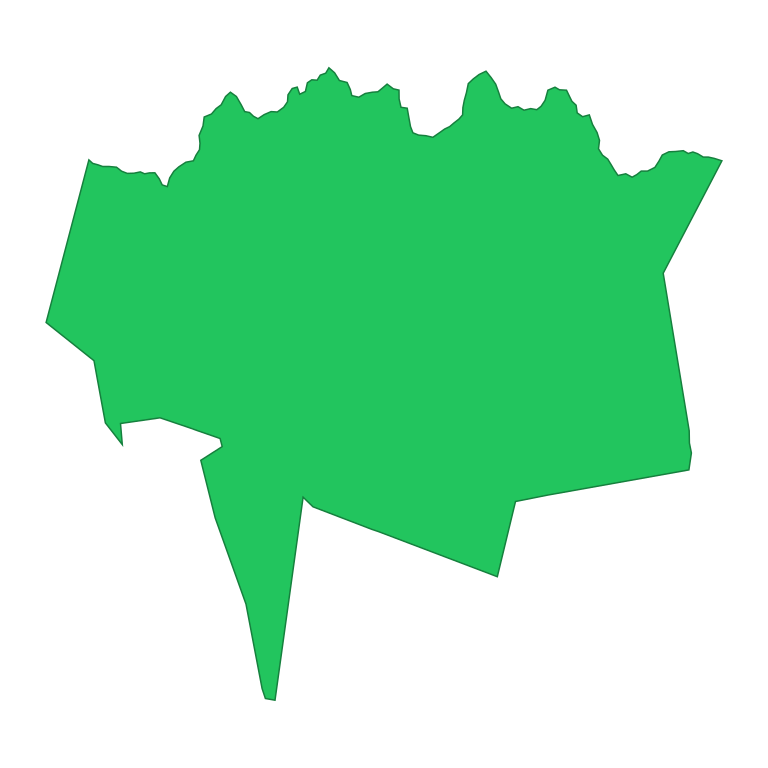 outline of Domingos Mourão, Piauí, Brazil
{"feature_id": "56859067B58876353314423", "entity_name": "Domingos Mourão", "entity_type": "district", "adm_level": 2, "iso_a3": "BRA", "parent_name": "Brazil", "parent_adm1": "Piauí", "projection": "equal_earth", "projection_center": [-41.31, -4.285], "detail": "fine", "context": "isolated", "style": "filled", "palette": "green", "viewbox_px": 768, "rotation_deg": 0, "n_neighbors": 0, "source": "geoboundaries", "source_scale": "gbopen_adm2", "svg_char_len": 2099}
<svg xmlns="http://www.w3.org/2000/svg" viewBox="0 0 768 768"><path d="M88.9,159.9L46.1,322.5L94.0,360.7L97.2,378.3L105.4,422.9L122.3,444.6L120.5,423.5L160.0,417.8L189.6,427.8L197.9,430.8L220.1,438.5L222.2,446.6L200.8,460.3L215.2,517.9L246.0,604.1L262.1,688.6L265.4,698.5L275.0,700.2L303.1,497.2L313.0,506.8L371.7,529.3L378.5,531.6L497.3,576.7L515.5,501.5L547.6,495.1L688.9,469.9L691.4,453.0L689.4,443.0L689.2,430.8L663.2,273.2L721.9,160.8L714.3,158.4L708.4,157.1L703.3,157.1L697.6,153.7L692.9,152.0L688.2,153.5L683.3,150.7L675.6,151.5L668.9,151.8L662.3,155.0L658.9,161.2L654.9,167.4L647.5,171.1L641.2,171.1L636.8,174.6L632.1,177.2L625.8,173.8L618.0,175.5L614.2,169.9L611.2,164.8L607.7,159.1L602.5,155.2L598.5,148.8L599.5,140.4L597.1,132.6L592.5,124.4L589.3,114.9L582.6,116.7L577.2,112.9L576.1,105.2L571.9,101.3L569.2,95.8L566.5,90.2L559.5,89.8L555.0,87.2L547.9,90.2L545.1,100.3L541.1,106.3L536.8,109.7L530.7,108.6L524.0,110.2L518.0,106.7L511.6,108.2L505.1,103.9L500.8,98.8L498.7,92.5L495.7,84.2L491.2,77.7L486.0,71.2L479.1,74.5L473.3,78.9L468.3,83.6L466.4,92.8L464.3,100.3L462.9,107.6L462.6,114.9L458.9,119.1L453.9,123.0L449.7,126.6L444.7,129.0L438.5,133.4L432.9,137.3L425.8,135.7L418.6,135.1L412.9,132.8L410.5,126.6L408.7,116.7L407.2,108.2L401.0,107.3L399.1,99.0L399.0,90.1L393.3,88.8L387.1,84.1L382.3,88.2L377.9,91.8L372.4,92.2L365.2,93.5L358.8,97.2L351.8,95.6L350.3,89.5L347.1,82.5L339.4,80.5L334.6,72.8L328.9,67.8L325.7,73.2L320.3,75.1L317.1,80.2L311.8,79.8L307.4,82.8L305.4,91.5L299.7,94.2L297.2,87.1L292.2,88.5L288.0,94.8L287.5,101.8L283.7,107.3L277.3,112.0L271.1,111.6L264.2,114.6L258.0,118.7L253.5,116.3L249.5,112.5L244.7,111.6L241.2,104.8L236.4,96.5L230.4,92.2L225.6,96.5L221.2,104.8L216.1,108.6L211.5,114.0L204.2,117.0L203.0,126.0L199.1,135.4L200.0,143.3L199.5,149.7L196.0,155.2L193.4,160.8L185.9,162.2L178.9,166.8L173.9,171.2L169.7,177.9L167.3,186.6L162.2,184.9L159.3,178.9L154.9,172.8L149.4,172.9L144.6,173.8L140.3,171.9L134.0,173.2L127.3,173.4L121.6,171.2L116.5,167.2L109.2,166.5L102.7,166.5L97.9,164.8L92.7,163.4L88.9,159.9Z" fill="#22c55e" stroke="#15803d" stroke-width="1.5"/></svg>